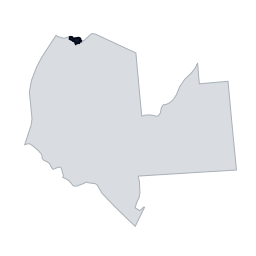 Malacatán, San Marcos, Guatemala (highlighted), rotated 85°
{"feature_id": "79465075B54780709245522", "entity_name": "Malacatán", "entity_type": "district", "adm_level": 2, "iso_a3": "GTM", "parent_name": "Guatemala", "parent_adm1": "San Marcos", "projection": "albers", "projection_center": [-92.12, 14.914], "detail": "fine", "context": "in_parent", "style": "filled", "palette": "ink", "viewbox_px": 256, "rotation_deg": 85, "n_neighbors": 0, "source": "geoboundaries", "source_scale": "gbopen_adm2", "svg_char_len": 3194}
<svg xmlns="http://www.w3.org/2000/svg" viewBox="0 0 256 256"><g transform="rotate(85 128 128)"><path d="M29.4,191.6L30.7,190.3L31.8,187.2L33.1,184.1L32.3,180.5L31.8,177.6L33.3,173.4L33.2,170.2L33.9,168.2L36.2,167.0L37.3,164.5L30.9,156.2L31.0,154.3L31.8,151.9L37.0,143.0L43.1,132.4L49.9,120.7L53.9,113.6L68.8,113.6L78.6,113.5L91.1,113.5L104.7,113.4L113.6,113.3L117.3,113.2L116.6,108.6L117.1,103.6L118.7,98.9L118.6,96.9L116.0,94.5L110.8,93.0L108.0,90.9L107.9,88.1L106.6,84.7L104.1,80.8L99.0,76.8L91.1,72.7L84.4,67.2L78.9,60.3L74.2,55.8L70.7,54.0L69.8,53.0L80.3,53.1L90.2,53.1L90.2,43.1L90.2,34.3L90.2,24.3L108.1,24.2L129.5,24.1L151.6,23.9L169.0,23.7L179.3,23.6L179.0,35.9L178.6,50.3L178.3,60.9L178.0,74.9L177.6,89.3L177.1,109.0L176.8,121.7L177.1,122.0L182.9,121.3L191.6,121.7L193.7,121.7L196.4,122.7L198.4,123.0L202.9,125.8L208.1,127.9L211.3,123.5L209.6,120.9L208.2,119.6L208.4,118.4L226.6,129.4L224.5,131.2L220.0,135.3L211.8,142.3L204.4,148.6L197.4,154.3L191.0,159.4L190.2,159.9L182.1,163.6L180.7,165.3L179.0,172.5L178.3,174.2L179.8,178.2L181.4,184.3L180.9,187.5L175.3,191.5L172.7,195.0L171.6,197.3L170.6,196.7L168.8,196.6L164.8,197.5L162.8,197.7L161.2,198.8L161.0,201.0L162.2,204.5L162.6,206.4L161.4,207.2L156.5,209.4L154.5,211.6L152.7,214.9L150.5,216.3L148.2,216.0L146.6,216.5L143.1,219.0L137.9,223.9L135.1,227.4L135.1,230.1L135.7,232.4L116.5,224.2L110.2,222.8L83.4,223.1L71.9,219.9L58.9,213.5L50.0,207.8L29.4,191.6Z" fill="#d9dde1" stroke="#a8b0b8" stroke-width="1"/><path d="M34.6,178.2L35.1,177.3L35.3,177.1L35.4,176.8L35.8,176.1L35.9,175.8L36.1,175.7L36.3,175.5L36.3,175.4L36.6,175.3L36.7,175.2L36.8,175.2L36.9,174.5L36.9,174.4L37.0,174.3L37.1,174.2L37.3,174.0L37.4,173.9L37.5,173.8L37.6,173.7L37.8,173.5L38.0,173.4L38.2,173.1L38.3,173.1L38.6,173.1L38.8,173.3L39.2,173.2L39.5,173.1L40.0,173.0L40.1,172.9L40.3,172.7L40.2,172.6L39.6,172.7L39.2,172.7L38.9,172.5L38.9,172.4L38.9,172.2L39.0,171.7L39.4,171.2L39.5,171.1L39.4,170.7L39.3,170.4L39.3,169.9L39.4,169.2L39.0,169.0L39.0,168.9L38.9,168.8L38.4,168.7L38.0,168.6L37.9,168.6L37.7,168.5L37.4,168.5L37.4,168.4L37.4,168.2L37.5,168.1L37.5,167.9L37.7,167.7L37.4,167.6L37.2,167.5L36.9,167.5L36.9,167.4L37.0,167.3L37.0,167.2L37.3,166.9L37.2,166.9L36.9,167.0L36.8,167.3L36.7,167.3L36.4,167.4L36.4,167.5L36.2,167.6L36.2,167.8L35.9,167.8L35.7,167.7L35.7,167.8L35.6,167.7L35.4,167.7L35.2,167.6L34.9,167.6L34.7,167.6L34.4,167.8L34.4,168.0L34.2,168.2L34.2,168.3L34.2,168.5L33.9,168.6L33.7,168.8L33.6,169.0L33.8,169.2L33.8,169.3L33.9,169.5L33.8,169.8L33.8,170.0L33.8,170.3L33.8,170.5L33.7,170.5L33.7,170.8L33.7,171.0L33.8,171.2L33.9,171.3L34.0,171.4L34.0,171.5L33.9,171.6L33.8,171.8L33.8,172.0L33.9,172.3L34.0,172.3L34.0,172.5L33.9,172.7L33.9,172.8L33.9,173.0L34.0,173.0L34.1,173.3L34.2,173.5L34.3,173.5L34.3,173.8L34.3,174.0L34.2,174.0L34.0,174.3L33.9,174.5L33.8,174.8L33.7,175.0L33.4,175.1L33.2,175.2L33.2,175.3L32.9,175.4L32.7,175.4L32.6,175.5L32.4,175.7L32.4,175.8L32.3,176.0L32.2,176.0L32.1,176.3L32.1,176.5L32.0,176.8L32.0,177.0L32.1,177.4L32.2,177.5L32.3,177.6L32.3,177.8L32.3,178.0L32.2,178.0L32.2,178.3L32.3,178.3L32.6,178.3L33.1,178.3L33.5,178.4L34.0,178.6L34.3,178.6L34.6,178.2Z" fill="#0f172a" stroke="#020617" stroke-width="1.5"/></g></svg>